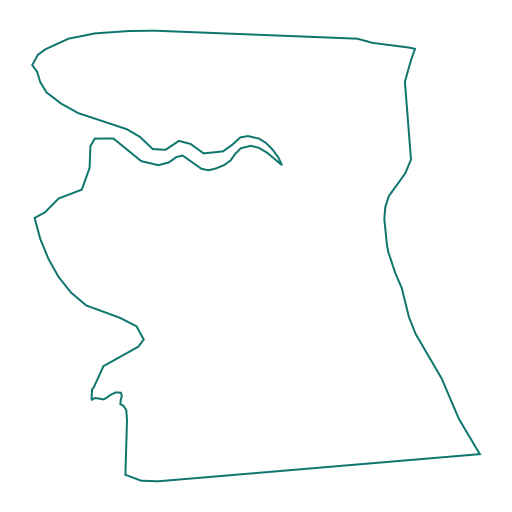 outline of Commewijne
{"feature_id": "SUR-70", "entity_name": "Commewijne", "entity_type": "District", "adm_level": 1, "iso_a3": "SUR", "parent_name": "Suriname", "parent_adm1": "", "projection": "natural_earth1", "projection_center": [-54.973, 5.762], "detail": "fine", "context": "isolated", "style": "outline", "palette": "teal", "viewbox_px": 512, "rotation_deg": 0, "n_neighbors": 0, "source": "natural_earth", "source_scale": "10m", "svg_char_len": 1318}
<svg xmlns="http://www.w3.org/2000/svg" viewBox="0 0 512 512"><path d="M58.6,198.5L81.8,189.6L89.6,167.9L90.4,146.1L94.8,138.6L113.4,138.5L141.2,161.1L158.3,165.2L169.2,162.3L176.1,157.2L182.6,155.5L201.4,168.8L208.6,170.3L215.7,168.5L224.0,165.2L230.6,160.4L235.2,153.9L240.8,148.3L250.7,145.8L258.7,147.8L267.1,152.7L282.0,165.2L278.2,157.2L272.5,149.5L265.9,142.9L259.1,138.6L248.0,136.1L240.3,137.4L232.5,144.6L222.9,151.4L203.6,153.4L190.7,144.0L178.9,140.9L165.5,149.8L152.8,149.1L140.1,137.0L127.0,129.3L78.2,113.1L61.1,103.6L46.5,92.4L40.2,82.0L37.1,71.7L32.2,65.1L37.8,54.9L45.2,49.4L68.5,38.7L95.0,33.4L129.1,31.0L155.1,30.7L357.3,38.7L372.6,42.9L408.6,47.5L415.0,48.8L410.8,60.8L404.9,81.7L411.0,159.6L405.2,173.4L388.8,196.2L385.3,207.0L384.3,219.1L386.9,244.3L388.2,251.7L395.2,272.8L401.8,288.2L409.0,317.3L415.6,333.9L441.6,378.4L458.9,418.9L479.8,454.1L158.0,481.3L141.1,480.7L125.4,474.8L127.0,420.2L126.3,410.3L123.7,406.0L120.4,404.2L120.7,400.2L121.8,395.7L120.8,392.7L115.7,392.4L110.3,395.0L106.0,398.2L103.5,399.4L95.1,398.0L91.9,399.7L91.6,398.8L92.0,389.4L93.8,387.3L103.5,366.1L133.8,349.2L138.3,346.7L143.7,339.5L136.5,326.3L119.9,317.8L86.3,305.5L71.0,292.6L58.4,276.7L48.3,258.6L45.8,252.4L40.3,239.0L34.6,217.9L45.0,212.3L58.6,198.5Z" fill="none" stroke="#0f766e" stroke-width="2"/></svg>